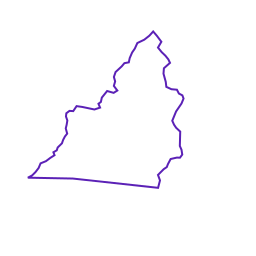 outline of Solidão, Pernambuco, Brazil, rotated 122°
{"feature_id": "56859067B13785491048510", "entity_name": "Solidão", "entity_type": "district", "adm_level": 2, "iso_a3": "BRA", "parent_name": "Brazil", "parent_adm1": "Pernambuco", "projection": "orthographic", "projection_center": [-37.665, -7.581], "detail": "fine", "context": "isolated", "style": "outline", "palette": "violet", "viewbox_px": 256, "rotation_deg": 122, "n_neighbors": 0, "source": "geoboundaries", "source_scale": "gbopen_adm2", "svg_char_len": 1096}
<svg xmlns="http://www.w3.org/2000/svg" viewBox="0 0 256 256"><g transform="rotate(122 128 128)"><path d="M43.9,145.2L37.2,145.4L34.5,152.4L32.8,157.8L38.4,158.8L44.5,161.0L51.0,165.1L57.0,164.3L61.8,164.5L67.8,163.6L71.9,162.1L74.9,165.4L79.1,166.0L87.1,168.2L92.2,167.0L95.3,163.6L99.8,162.3L101.9,156.9L105.8,158.8L107.7,165.3L116.1,166.3L120.3,164.8L123.1,165.9L125.5,162.5L130.1,166.3L134.4,178.0L136.7,183.2L142.7,183.4L144.5,186.7L148.2,188.1L151.1,186.7L153.8,183.4L157.9,181.7L161.3,180.6L165.0,176.6L168.6,177.0L172.5,176.7L176.0,175.9L181.8,177.3L184.7,176.6L188.1,178.4L190.0,175.9L194.4,178.0L199.6,180.0L204.3,183.4L209.3,182.6L214.4,183.1L219.1,184.2L223.2,186.6L200.1,148.0L162.8,70.8L155.5,73.1L151.9,77.7L144.0,75.9L140.6,74.4L137.4,75.0L131.7,75.4L127.3,71.0L125.6,68.2L121.8,67.9L118.1,71.1L115.8,74.5L103.4,81.8L102.3,87.3L100.8,90.7L98.4,94.3L88.5,96.0L78.9,95.6L73.6,96.5L71.5,99.2L71.8,103.1L69.6,106.8L72.1,111.7L72.8,117.3L68.9,120.4L63.1,126.7L58.3,129.2L50.5,126.9L48.4,130.2L46.9,134.5L45.8,139.7L43.9,145.2Z" fill="none" stroke="#5b21b6" stroke-width="2"/></g></svg>